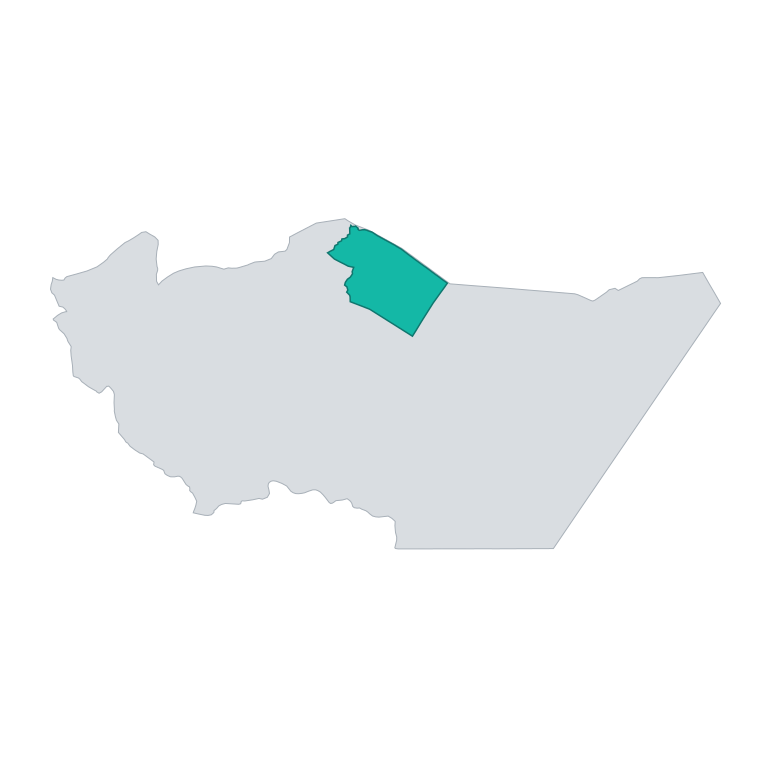 location of Nord Kanem, Kanem, Chad, rotated 91°
{"feature_id": "50815135B74780249962770", "entity_name": "Nord Kanem", "entity_type": "district", "adm_level": 2, "iso_a3": "TCD", "parent_name": "Chad", "parent_adm1": "Kanem", "projection": "equal_earth", "projection_center": [14.386, 15.416], "detail": "fine", "context": "in_parent", "style": "filled", "palette": "teal", "viewbox_px": 768, "rotation_deg": 91, "n_neighbors": 0, "source": "geoboundaries", "source_scale": "gbopen_adm2", "svg_char_len": 6246}
<svg xmlns="http://www.w3.org/2000/svg" viewBox="0 0 768 768"><g transform="rotate(91 384 384)"><path d="M545.6,211.8L546.0,230.4L546.4,248.9L546.8,267.5L547.1,286.2L547.5,304.8L547.8,323.5L548.2,342.2L548.5,360.9L548.6,367.1L548.3,369.6L548.1,369.9L547.5,370.3L540.0,368.6L536.8,368.6L532.2,369.9L525.6,370.6L521.2,370.4L518.3,373.6L516.0,377.5L517.2,386.8L517.0,389.9L516.2,393.1L514.2,395.9L512.2,398.1L511.0,400.0L509.5,404.2L508.4,406.2L508.6,408.8L508.2,411.6L507.0,413.1L503.9,414.1L501.9,415.4L500.3,417.4L499.3,418.9L499.9,420.8L500.7,423.5L501.2,427.6L501.5,430.1L503.1,432.1L504.0,433.5L504.4,435.2L503.5,436.7L499.7,439.7L498.2,440.9L496.5,442.4L495.8,443.0L493.1,445.8L491.7,448.4L491.0,450.5L491.1,453.5L492.6,457.8L494.2,461.6L494.8,464.4L495.2,467.5L495.1,470.4L494.3,472.9L492.9,475.2L487.7,479.5L485.2,484.3L483.1,490.0L482.7,493.2L483.2,495.3L484.4,497.0L485.9,497.9L488.2,498.2L492.0,497.2L495.5,496.6L499.3,498.7L501.3,503.5L500.6,507.0L502.1,513.4L503.4,521.2L503.3,523.8L503.9,524.7L506.2,525.2L506.8,527.1L506.2,540.6L507.3,544.4L508.9,547.2L510.7,548.6L512.5,550.4L513.4,551.7L515.5,551.9L517.8,554.4L518.5,557.7L518.4,560.9L517.1,567.8L516.1,572.5L514.7,572.1L511.9,571.0L508.6,570.0L504.5,569.2L500.6,571.1L496.4,573.5L495.1,575.4L493.9,576.4L492.0,576.3L490.3,576.6L489.4,578.3L487.9,580.2L481.8,584.2L480.5,585.7L479.8,587.1L479.8,588.7L480.5,591.9L480.5,596.0L479.1,599.2L477.6,601.4L475.8,602.2L474.3,602.7L473.3,604.1L470.2,611.5L468.8,612.9L466.0,612.6L458.1,623.7L457.3,627.0L454.4,631.7L450.7,636.8L447.4,639.3L447.1,640.3L446.2,641.3L444.2,642.4L437.1,648.7L428.6,648.4L424.9,650.9L421.2,652.0L415.8,653.2L414.2,653.1L407.4,653.6L399.3,653.4L396.2,654.3L393.3,656.7L391.2,658.8L390.9,659.5L391.2,660.4L391.1,661.1L396.8,666.2L398.2,668.7L396.8,671.2L396.1,671.6L395.1,673.6L391.9,679.4L386.9,686.3L384.3,688.3L383.3,689.6L381.9,694.1L381.1,694.8L377.6,695.3L370.8,695.8L361.3,697.3L355.7,697.8L352.1,697.4L347.2,700.6L345.4,701.4L344.3,701.6L339.4,704.7L335.3,709.4L333.9,710.3L328.1,712.3L325.8,715.6L324.8,715.9L321.1,711.6L318.6,707.7L317.3,703.7L317.2,702.5L316.5,702.7L314.4,704.4L312.7,706.4L311.9,710.2L306.0,712.8L300.9,715.0L298.6,717.7L295.0,719.1L290.4,718.5L286.9,717.4L283.4,717.0L285.1,713.6L285.7,711.0L285.9,707.9L285.6,705.8L283.6,704.7L282.2,703.0L279.3,693.1L276.2,683.0L271.9,673.0L267.2,666.6L263.8,662.7L262.7,662.2L261.0,660.9L259.7,659.8L253.5,653.0L247.1,645.4L245.4,642.0L242.2,636.8L238.6,631.5L236.7,629.0L235.9,624.7L238.3,620.7L241.0,615.7L244.3,612.4L248.5,612.2L255.5,613.5L263.0,614.0L270.4,613.0L272.4,612.3L274.3,612.3L278.3,613.5L285.3,613.2L288.8,611.2L285.0,607.8L280.8,602.3L276.9,596.3L274.5,590.9L272.3,584.0L270.3,575.4L269.1,564.2L269.3,557.9L269.9,553.4L272.0,546.1L270.6,541.8L270.9,538.3L270.7,533.2L270.0,530.6L267.3,522.1L266.7,521.1L264.3,515.2L263.3,505.4L260.6,498.9L256.2,495.7L253.8,491.9L252.9,485.2L251.1,483.4L244.3,481.0L238.7,481.0L234.5,473.4L229.2,463.6L224.3,454.5L221.2,436.4L219.4,426.0L221.4,422.9L225.5,415.5L230.7,401.4L242.3,379.5L248.2,368.4L260.0,351.7L274.5,331.3L282.7,319.8L284.0,298.9L285.3,276.8L286.3,260.1L287.6,240.3L288.6,223.9L289.4,211.9L290.5,194.9L291.4,191.6L297.0,178.4L297.4,176.6L296.4,174.4L288.3,163.1L285.8,160.5L284.3,154.7L286.4,151.4L276.7,132.5L274.3,130.2L273.2,127.9L273.1,124.5L272.9,111.5L270.3,91.0L266.9,67.3L278.2,60.6L286.7,55.4L297.6,48.9L307.7,55.6L322.5,65.3L337.2,75.0L351.9,84.7L366.7,94.4L381.5,104.2L396.3,113.9L411.2,123.7L426.0,133.4L440.9,143.2L455.8,153.0L470.7,162.8L485.7,172.6L500.6,182.4L515.6,192.2L530.6,202.0L545.6,211.8Z" fill="#d9dde1" stroke="#a8b0b8" stroke-width="1"/><path d="M331.4,353.8L331.1,353.6L320.8,347.6L302.2,336.3L297.0,332.7L291.6,329.0L286.1,325.1L283.8,323.6L282.1,322.4L282.0,322.5L279.3,326.4L278.8,327.1L278.2,327.9L278.2,328.1L277.1,329.5L276.5,330.3L276.3,330.5L276.0,330.9L276.0,331.1L275.5,331.7L275.2,332.2L274.7,332.8L274.1,333.7L273.8,334.2L272.2,336.4L271.0,338.1L268.2,341.9L268.1,342.1L267.9,342.3L266.6,344.2L265.5,345.9L265.4,346.0L265.2,346.3L262.8,349.8L262.2,350.5L262.1,350.8L261.7,351.3L260.9,352.4L260.0,353.7L259.7,354.1L258.4,356.0L257.2,357.5L256.9,357.9L256.7,358.3L256.5,358.5L256.1,359.0L255.8,359.7L255.3,360.3L255.0,360.7L254.1,361.9L253.8,362.4L253.7,362.5L253.1,363.3L252.8,363.7L252.5,364.1L250.9,366.3L250.6,366.6L250.4,366.9L249.7,367.9L249.0,368.9L248.8,369.1L248.7,369.2L247.9,370.8L247.0,372.3L246.9,372.5L246.7,372.8L246.6,373.1L246.4,373.3L246.4,373.6L246.3,373.8L246.1,373.9L245.5,374.9L245.4,375.0L244.2,377.2L244.1,377.4L244.0,377.6L243.9,377.9L243.7,378.3L243.4,378.7L243.1,379.3L242.5,380.5L241.7,382.0L241.3,382.8L240.6,384.1L240.4,384.4L240.3,384.7L240.1,385.1L239.9,385.5L239.7,385.8L239.6,386.0L238.3,388.5L238.2,388.6L237.9,389.3L237.8,389.5L237.6,389.8L237.3,390.4L237.1,390.7L237.0,390.8L236.9,391.0L236.8,391.3L236.6,391.7L236.1,392.7L235.8,393.3L235.7,393.4L235.3,394.1L234.9,394.6L234.7,394.9L234.6,395.0L234.4,395.5L234.1,395.9L233.9,396.2L233.8,396.3L233.7,396.5L232.7,398.0L232.5,398.4L232.4,398.6L232.1,399.4L232.0,399.5L232.0,399.9L232.0,400.0L231.9,400.1L231.8,400.3L231.7,400.8L231.4,401.8L231.3,402.0L231.2,402.2L230.3,404.8L230.3,405.1L230.2,405.5L230.1,405.8L230.1,406.1L230.1,406.4L230.2,407.1L230.1,407.5L230.2,407.8L230.2,408.3L230.2,408.5L230.4,409.2L230.7,410.6L230.7,410.8L230.8,411.4L230.7,411.6L230.4,411.9L230.3,412.0L230.2,412.2L230.1,412.3L229.8,412.5L229.5,412.7L229.5,412.8L229.4,412.9L228.9,412.7L228.7,412.6L227.5,414.1L227.4,414.4L227.1,414.6L226.9,414.9L226.6,415.2L226.6,415.4L226.6,415.5L227.0,416.1L227.0,416.4L227.0,416.5L227.0,417.3L227.0,417.5L227.1,418.0L227.1,418.3L227.2,418.8L226.8,419.1L226.4,419.5L226.2,419.7L226.0,419.9L228.2,420.5L228.6,421.1L229.8,421.0L232.3,420.9L234.5,420.8L235.8,423.1L236.7,423.1L237.6,423.0L239.3,425.8L239.7,428.6L241.6,429.0L243.3,432.5L244.2,432.5L245.1,432.6L246.4,435.4L248.0,435.9L250.4,436.6L252.5,440.6L253.1,441.5L253.8,442.7L256.2,440.0L259.9,435.8L262.9,429.8L264.8,425.8L266.8,421.9L267.9,416.3L272.2,417.8L274.4,417.4L277.8,419.6L279.9,422.4L283.0,424.4L285.8,425.1L287.5,422.8L290.7,421.8L292.8,422.9L295.8,419.9L297.4,419.4L302.3,419.2L309.4,399.8L335.7,356.4L331.4,353.8Z" fill="#14b8a6" stroke="#0f766e" stroke-width="1.5"/></g></svg>